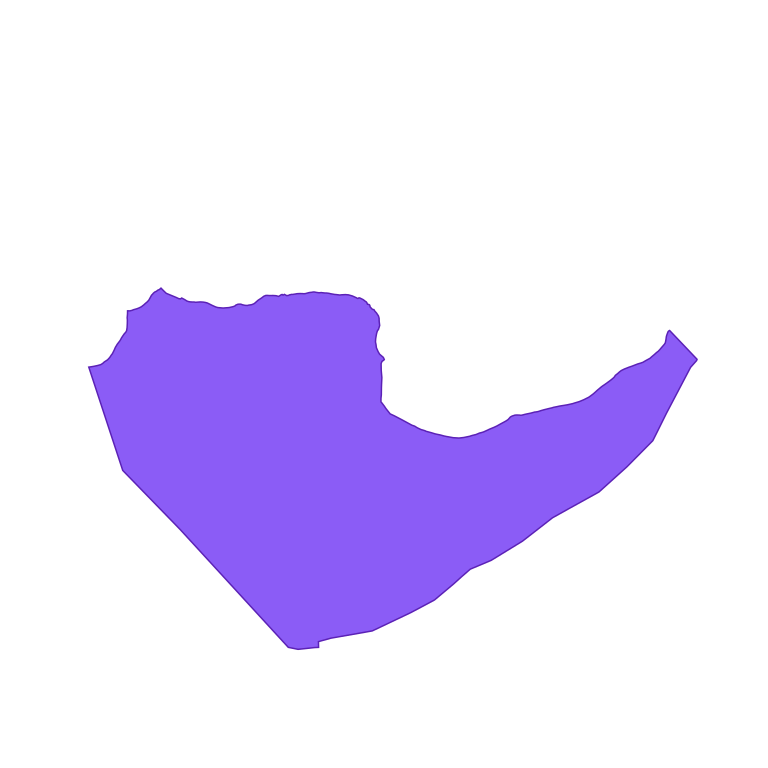 Village, Laborie, Saint Lucia, rotated 140°
{"feature_id": "8701671B19884465022303", "entity_name": "Village", "entity_type": "district", "adm_level": 2, "iso_a3": "LCA", "parent_name": "Saint Lucia", "parent_adm1": "Laborie", "projection": "robinson", "projection_center": [-60.996, 13.749], "detail": "fine", "context": "isolated", "style": "filled", "palette": "violet", "viewbox_px": 768, "rotation_deg": 140, "n_neighbors": 0, "source": "geoboundaries", "source_scale": "gbopen_adm2", "svg_char_len": 4935}
<svg xmlns="http://www.w3.org/2000/svg" viewBox="0 0 768 768"><g transform="rotate(140 384 384)"><path d="M128.3,201.7L130.8,241.4L131.8,241.6L132.7,241.5L134.2,240.7L134.7,240.4L136.1,239.6L137.4,238.7L139.0,237.2L140.9,235.6L142.1,234.7L143.7,234.2L145.6,233.9L148.2,233.5L150.4,233.1L152.9,232.8L154.5,232.9L155.7,232.9L157.8,232.8L161.4,232.8L163.7,232.7L167.6,233.5L170.4,234.0L171.4,234.1L174.1,235.1L176.8,236.3L182.7,238.3L185.5,239.4L187.9,240.2L190.3,241.0L193.6,241.8L195.9,241.9L198.2,241.8L201.3,241.9L202.7,241.4L204.0,241.2L207.2,241.2L209.4,241.3L215.0,241.7L217.8,242.0L219.5,242.1L224.0,242.1L229.8,241.9L233.8,242.1L235.9,242.3L237.9,242.8L240.9,243.5L243.8,244.4L245.1,244.8L246.2,245.2L249.2,246.5L250.1,246.9L252.1,247.7L254.6,249.0L256.9,250.2L260.3,252.2L261.6,253.0L263.8,254.3L266.3,255.6L269.2,257.2L270.7,257.8L273.0,259.0L275.7,260.3L277.5,261.2L280.8,262.7L282.1,263.2L283.6,263.8L284.5,264.3L285.7,265.0L286.5,265.6L287.8,266.2L290.0,267.2L293.7,269.2L295.8,270.3L297.5,271.1L298.2,271.4L299.3,272.1L300.2,273.1L302.2,274.9L303.7,276.0L305.2,276.6L306.4,277.1L308.4,277.5L309.7,277.3L311.8,277.0L313.8,277.2L315.6,277.5L320.4,278.5L324.6,279.3L327.6,280.1L332.3,281.6L334.3,282.1L338.6,283.3L340.9,284.3L342.5,285.1L343.6,285.4L346.1,286.2L349.1,287.7L350.9,288.5L351.6,288.7L354.4,290.2L357.2,291.7L359.8,293.4L361.3,294.4L365.5,298.4L369.0,302.6L370.1,303.9L371.5,305.7L373.5,308.6L376.8,312.8L378.1,314.8L379.0,316.2L381.1,319.2L382.4,321.1L382.5,321.6L383.1,322.6L384.9,325.3L385.8,327.2L386.7,329.2L387.6,332.0L389.1,334.5L393.2,344.9L396.5,352.9L398.5,357.2L398.3,364.1L398.0,366.7L397.8,370.8L397.8,372.3L395.4,375.1L393.1,377.3L388.1,383.1L386.2,385.2L381.5,390.3L377.3,396.3L373.1,401.5L371.0,402.6L368.8,402.4L368.0,402.6L367.4,404.8L368.0,408.4L368.2,409.7L367.7,412.6L366.5,416.7L364.8,419.3L363.5,421.7L361.3,424.0L359.8,425.3L357.4,427.3L355.8,428.4L354.4,429.2L353.4,429.2L349.7,431.6L347.4,435.1L345.5,437.5L344.5,439.7L344.3,441.4L344.1,443.3L344.2,445.6L344.1,446.3L343.9,447.5L344.7,448.3L345.0,449.6L345.0,450.8L345.1,451.7L344.8,452.5L344.5,453.0L344.3,453.5L344.3,454.2L344.8,455.1L345.4,455.7L344.9,457.2L344.8,458.3L345.1,459.1L345.3,460.1L345.6,461.5L345.8,462.2L346.5,463.8L347.1,465.2L347.4,465.7L348.1,466.2L348.8,466.2L349.3,466.6L349.9,468.2L350.1,468.6L351.6,471.7L352.0,472.3L353.9,475.1L356.2,477.4L357.2,478.1L357.7,478.5L359.3,479.7L360.7,480.6L361.8,481.8L363.0,483.1L364.4,484.5L365.3,485.6L366.9,487.5L367.7,488.6L368.2,489.2L369.5,490.6L370.3,491.3L371.2,492.1L372.1,493.1L372.6,493.6L373.1,494.2L373.9,494.8L375.1,495.6L376.0,496.6L376.8,497.5L378.1,499.1L378.6,499.6L379.3,500.1L380.7,500.9L381.4,501.4L382.3,502.0L383.3,502.5L385.7,503.6L386.1,503.8L387.3,504.6L387.7,505.0L388.2,505.5L389.1,506.3L390.1,507.2L390.9,507.8L391.8,508.5L392.6,509.1L393.7,509.7L395.5,510.8L396.1,511.1L396.9,511.8L397.3,512.1L397.6,512.3L398.4,512.6L399.0,513.0L400.3,513.3L401.5,514.1L401.8,514.4L402.7,516.7L403.4,516.8L404.0,516.9L404.3,517.2L404.5,518.1L405.6,518.5L407.7,518.7L408.6,519.0L409.0,519.7L410.0,521.1L412.1,523.1L414.8,525.3L415.5,525.9L415.9,526.4L417.6,527.8L419.7,528.5L422.4,528.6L426.5,529.1L431.5,529.0L432.5,529.2L434.5,529.9L437.1,531.5L438.2,532.0L439.9,533.6L441.5,535.7L442.3,537.1L442.9,537.7L444.6,539.0L446.8,539.7L448.0,539.6L449.5,540.1L450.6,540.6L452.1,541.4L453.5,542.1L458.4,545.6L460.4,547.6L462.2,549.4L463.4,551.2L465.0,554.5L466.4,557.7L467.3,559.7L468.5,561.4L469.9,563.0L471.9,564.9L475.8,567.7L476.8,568.9L478.0,569.9L479.7,571.5L480.9,573.0L481.7,574.4L482.4,576.7L483.1,578.4L483.7,579.9L485.1,580.0L486.3,581.2L487.7,584.2L491.2,590.9L492.5,593.4L492.8,596.0L493.1,599.6L493.2,600.8L494.1,600.8L494.5,600.8L495.1,600.7L496.1,601.0L497.0,601.3L498.8,601.3L500.0,601.7L500.7,601.8L502.3,601.8L502.9,601.7L503.6,601.5L504.6,601.5L505.1,601.4L507.4,600.5L510.3,599.4L512.6,599.1L515.1,599.1L517.5,599.0L518.7,599.1L520.0,599.1L522.2,599.6L522.9,599.8L525.0,600.5L528.5,602.1L529.3,602.2L530.7,602.9L531.7,603.4L532.2,603.8L532.6,604.2L533.4,604.9L535.4,602.6L536.7,601.3L538.2,599.8L539.3,598.2L539.8,597.6L541.8,595.3L544.6,592.3L546.9,590.3L548.7,589.6L549.1,589.6L550.7,589.4L552.9,588.8L555.3,588.1L556.8,587.5L558.0,587.0L562.9,585.9L565.1,585.1L566.1,584.8L566.9,584.4L568.9,583.4L572.6,581.8L573.5,581.6L574.1,581.5L576.8,580.7L577.2,580.6L580.2,580.2L584.3,580.7L585.3,580.6L586.0,580.6L587.2,580.7L588.5,580.9L589.2,581.2L591.8,582.4L593.3,583.2L594.8,584.0L597.2,585.4L599.3,586.7L630.5,508.7L639.7,485.7L633.7,403.8L626.6,243.8L620.4,236.0L614.2,231.8L606.7,226.8L605.0,225.5L603.4,224.3L599.8,228.8L588.0,223.4L557.1,205.5L551.7,202.4L510.2,191.6L484.1,186.1L459.1,186.1L448.2,186.5L436.9,186.7L415.2,180.0L378.9,174.6L357.6,173.8L340.9,173.2L322.6,169.7L288.7,163.1L254.3,164.3L251.3,164.4L214.5,167.8L205.7,171.6L186.5,180.0L138.4,199.7L129.5,201.0L128.3,201.7Z" fill="#8b5cf6" stroke="#5b21b6" stroke-width="1.5"/></g></svg>